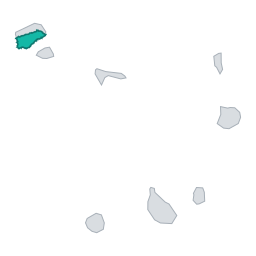 Sao Joao Baptista, Porto Novo, Cabo Verde shown in context
{"feature_id": "66160863B46579427106888", "entity_name": "Sao Joao Baptista", "entity_type": "district", "adm_level": 2, "iso_a3": "CPV", "parent_name": "Cabo Verde", "parent_adm1": "Porto Novo", "projection": "orthographic", "projection_center": [-25.144, 17.011], "detail": "fine", "context": "in_parent", "style": "filled", "palette": "teal", "viewbox_px": 256, "rotation_deg": 0, "n_neighbors": 0, "source": "geoboundaries", "source_scale": "gbopen_adm2", "svg_char_len": 4455}
<svg xmlns="http://www.w3.org/2000/svg" viewBox="0 0 256 256"><path d="M176.8,215.5L171.8,223.6L160.5,223.0L154.6,219.8L147.8,209.6L147.9,201.7L150.3,194.9L149.8,189.0L150.8,187.4L154.3,188.4L154.9,192.4L165.2,202.1L169.0,204.0L176.8,215.5ZM29.8,45.1L21.6,46.9L18.2,46.0L17.0,39.0L15.4,34.4L15.7,32.3L34.6,23.3L41.2,24.8L45.9,32.0L42.7,36.0L29.8,45.1ZM220.5,106.6L227.6,108.1L230.3,107.5L234.8,107.8L239.7,112.4L240.6,117.3L238.3,123.5L229.0,128.7L223.6,128.1L217.2,123.6L220.8,114.4L220.5,106.6ZM103.3,229.3L96.7,232.7L92.0,231.3L87.6,227.8L85.5,222.8L87.2,218.4L96.1,213.3L101.4,214.9L104.3,222.9L103.3,229.3ZM121.3,73.4L124.8,76.0L126.0,77.9L120.8,78.9L108.2,75.6L104.8,77.6L101.5,85.0L95.1,73.9L95.5,69.9L96.9,68.7L105.8,71.6L121.3,73.4ZM199.1,203.9L196.7,204.2L193.1,200.3L193.9,194.8L193.4,193.4L196.5,187.5L202.7,187.9L204.3,192.2L204.7,201.2L199.1,203.9ZM53.7,56.4L46.8,58.5L42.5,58.3L36.3,55.2L38.3,51.8L44.9,48.0L49.5,47.2L53.3,53.9L53.7,56.4ZM222.6,69.4L220.0,73.9L216.6,67.3L214.8,65.8L213.8,56.3L218.7,53.4L221.1,53.1L221.2,62.9L222.6,69.4Z" fill="#d9dde1" stroke="#a8b0b8" stroke-width="1"/><path d="M37.5,30.4L37.2,30.2L37.0,30.3L36.9,30.2L36.8,30.4L36.7,30.4L36.7,30.5L36.6,30.8L36.8,31.0L36.6,31.3L36.4,31.5L36.2,31.5L35.9,31.7L35.7,31.7L35.8,31.6L35.3,31.9L35.2,31.9L34.7,31.8L34.3,32.0L34.2,32.0L33.9,32.4L33.2,32.5L32.4,32.8L32.2,33.1L31.8,33.2L31.6,33.0L31.6,32.8L31.4,32.7L31.3,32.9L31.0,33.0L30.7,33.0L30.2,33.0L29.8,33.0L29.5,33.4L29.4,33.4L29.1,33.6L29.0,33.8L29.0,34.0L28.9,34.1L28.6,34.2L28.4,34.3L28.2,34.4L27.8,34.3L27.4,34.3L27.0,34.3L26.7,34.4L26.3,34.4L26.1,34.5L26.0,34.4L25.9,34.4L25.6,34.6L25.3,34.5L25.1,34.8L24.9,34.8L24.6,35.1L24.4,35.3L24.2,35.3L23.8,35.5L23.5,35.5L23.2,35.7L23.0,35.8L22.5,35.7L22.2,35.6L21.8,36.0L21.6,35.9L21.3,35.9L20.9,36.1L20.8,36.4L20.5,36.6L20.4,36.6L20.1,36.8L19.8,36.9L19.7,37.0L19.5,36.9L19.1,36.6L18.8,36.5L18.5,36.4L18.3,36.5L18.2,36.9L18.0,37.0L17.8,37.3L17.7,37.3L17.6,37.5L17.3,37.6L17.1,37.8L16.6,38.1L16.2,38.0L15.9,38.2L15.8,38.4L16.0,38.4L16.3,38.7L16.5,38.9L16.9,39.3L17.0,39.5L17.0,39.9L17.1,40.0L17.2,40.4L17.3,40.6L17.4,41.2L17.3,41.4L17.3,41.6L17.3,41.8L17.2,41.9L17.3,41.9L17.2,42.0L17.3,42.2L17.2,42.2L17.1,42.5L17.2,42.8L17.4,43.0L17.5,43.2L17.5,43.3L17.7,43.6L17.8,43.7L17.9,43.8L17.8,44.0L18.0,44.6L17.9,44.9L17.6,45.2L17.5,45.3L17.4,45.4L17.3,45.5L17.2,46.0L17.3,46.2L17.3,46.3L17.6,46.7L17.6,46.8L17.4,47.0L17.6,47.0L17.9,47.3L18.0,47.6L18.0,47.8L18.3,48.2L18.6,48.3L18.7,48.5L18.9,48.6L19.0,48.7L19.4,48.5L19.6,48.3L19.8,48.3L19.9,48.2L20.1,48.0L20.1,47.9L20.5,47.8L20.9,47.8L21.0,47.7L21.1,47.8L21.1,47.7L21.3,47.4L21.8,47.3L22.0,47.3L22.1,47.2L22.2,47.3L22.3,47.3L22.4,47.2L22.6,47.2L22.6,47.3L22.8,47.3L23.2,47.3L23.4,47.3L23.7,47.4L23.8,47.5L24.0,47.8L24.4,47.9L24.5,47.9L24.5,48.0L24.9,48.2L25.0,48.1L25.3,48.0L25.7,48.0L26.0,48.0L26.3,48.2L26.2,48.3L26.3,48.3L26.6,48.4L26.6,48.5L26.8,48.4L27.1,48.3L27.4,47.9L27.6,47.8L27.8,47.7L28.2,47.6L28.5,47.5L28.8,47.5L29.0,47.5L29.0,47.4L29.3,47.2L29.5,47.2L29.5,46.9L29.9,46.6L30.0,46.4L30.2,46.2L30.3,46.2L30.3,45.9L30.5,45.9L30.5,45.7L30.7,45.4L30.9,45.4L30.9,45.1L31.0,44.9L31.2,44.7L31.3,44.4L31.5,44.2L32.0,44.0L32.2,43.9L32.7,43.9L32.9,43.8L33.1,43.2L33.3,43.0L33.4,42.8L33.5,42.7L33.7,42.8L33.7,42.5L33.9,42.4L34.1,42.2L34.3,42.0L34.4,41.9L34.5,41.7L34.8,41.4L35.1,40.9L35.7,40.6L35.8,40.6L35.7,40.5L35.8,40.4L35.9,40.5L35.9,40.3L36.1,40.1L36.3,40.0L36.3,39.9L36.4,39.7L36.5,39.7L36.8,39.5L36.8,39.4L37.0,39.2L37.3,39.1L37.5,39.3L37.5,39.1L37.9,38.9L38.1,38.8L38.4,38.8L38.6,38.8L38.8,38.8L39.0,38.9L39.1,39.0L39.3,38.8L39.5,38.8L39.7,38.7L39.8,38.8L40.0,38.7L40.3,38.7L40.5,38.6L40.7,38.4L40.8,38.2L40.7,38.2L40.8,38.0L41.0,38.0L41.2,37.9L41.2,38.0L41.5,37.8L41.5,37.7L41.6,37.8L41.6,37.7L42.1,37.6L42.3,37.5L42.3,37.4L42.6,37.2L42.6,37.3L42.7,37.2L42.8,37.1L43.0,37.0L43.3,36.7L43.5,36.6L43.8,36.5L43.9,36.4L44.0,36.4L44.2,36.2L44.3,36.1L44.4,35.9L44.5,35.9L44.7,35.7L44.7,35.8L44.8,35.6L45.1,35.5L45.3,35.5L45.3,35.4L45.3,35.2L45.2,35.1L45.3,35.0L45.2,35.0L45.3,34.9L45.4,34.7L45.6,34.7L45.7,34.4L45.1,34.3L44.9,34.1L44.6,34.1L44.4,33.9L44.2,33.8L43.9,33.7L43.6,33.6L43.2,33.5L43.2,33.3L43.1,33.0L42.9,33.0L42.7,32.9L42.7,32.7L42.4,32.5L42.4,32.2L42.0,32.1L41.9,31.8L41.3,31.4L41.0,31.4L40.8,31.2L40.5,31.2L40.3,31.1L40.1,31.1L39.8,31.2L39.4,31.0L39.1,31.2L38.8,31.3L38.6,31.2L38.4,30.8L38.4,30.5L38.3,30.4L38.2,30.4L38.1,30.5L38.0,30.3L37.5,30.4Z" fill="#14b8a6" stroke="#0f766e" stroke-width="1.5"/></svg>